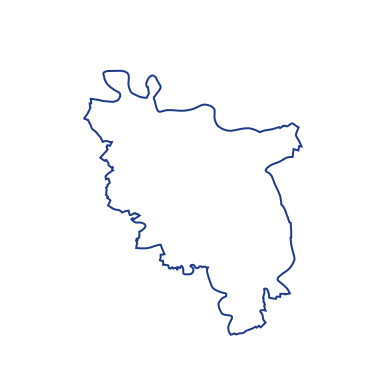 outline of Quynh Phu, Thái Bình, Vietnam, rotated 28°
{"feature_id": "81297802B64676269296055", "entity_name": "Quynh Phu", "entity_type": "district", "adm_level": 2, "iso_a3": "VNM", "parent_name": "Vietnam", "parent_adm1": "Thái Bình", "projection": "mercator", "projection_center": [106.356, 20.648], "detail": "fine", "context": "isolated", "style": "outline", "palette": "blue", "viewbox_px": 384, "rotation_deg": 28, "n_neighbors": 0, "source": "geoboundaries", "source_scale": "gbopen_adm2", "svg_char_len": 6062}
<svg xmlns="http://www.w3.org/2000/svg" viewBox="0 0 384 384"><g transform="rotate(28 192 192)"><path d="M293.3,299.8L296.1,296.9L296.5,296.8L297.8,297.1L300.3,294.4L301.9,293.7L302.9,292.8L303.7,291.9L304.4,290.8L304.6,289.6L309.6,283.9L311.4,281.1L312.9,281.3L313.9,278.7L316.2,279.2L318.3,272.8L315.7,271.7L314.9,271.2L314.2,270.6L311.9,267.3L310.2,266.3L308.6,265.7L308.3,265.3L308.2,264.5L308.9,263.6L310.6,262.7L312.6,262.2L310.5,260.2L310.1,259.5L309.5,259.1L309.0,257.8L309.2,257.1L308.3,256.5L307.6,255.5L306.7,255.4L305.3,252.6L304.6,252.5L303.1,246.5L302.1,244.9L301.2,244.0L301.3,243.8L301.6,243.3L302.3,242.7L303.5,242.5L304.3,242.8L305.5,243.7L308.0,246.2L309.6,248.9L310.0,249.1L310.4,249.0L316.2,247.0L315.9,244.8L316.0,244.5L319.1,243.2L317.8,240.4L322.3,238.1L322.6,238.5L326.0,235.6L323.0,233.5L320.8,232.4L317.3,231.4L310.0,229.9L309.1,229.5L308.5,228.8L308.2,228.1L308.3,226.6L310.4,221.3L312.9,216.6L313.9,213.8L314.4,211.3L314.5,210.0L314.6,207.8L314.4,203.9L312.9,201.4L307.2,195.3L304.9,192.6L301.4,187.6L300.5,186.2L301.0,185.7L298.2,180.4L293.6,172.9L292.2,173.0L291.5,172.1L290.1,171.2L288.9,169.8L285.6,167.0L284.0,165.3L279.2,161.8L276.6,161.1L275.6,159.1L271.9,154.3L267.7,150.8L260.6,145.5L255.4,140.8L253.4,139.8L252.1,139.3L248.1,139.0L247.2,138.6L246.8,138.2L246.7,136.8L247.2,134.9L248.9,131.4L251.2,128.5L254.1,125.3L255.8,123.1L259.2,117.4L262.1,115.1L264.4,113.8L261.5,106.5L266.4,105.4L265.1,101.2L265.7,101.1L267.3,100.4L265.1,98.6L262.0,96.3L258.5,94.3L256.9,92.9L256.3,90.3L255.8,84.9L254.0,84.9L249.1,84.2L248.1,84.4L247.3,85.4L245.9,88.3L245.1,89.4L244.5,89.7L242.8,89.8L242.6,90.0L242.0,90.9L241.6,91.1L241.2,91.1L240.3,93.3L239.7,94.2L238.5,93.8L233.3,99.0L227.2,103.6L225.2,105.6L224.5,106.7L224.1,107.0L223.1,107.4L220.0,107.4L216.9,107.8L213.4,108.6L211.5,109.4L208.2,111.4L205.4,113.5L200.6,117.5L198.2,119.3L196.4,120.3L193.8,121.3L191.0,121.8L189.3,122.0L186.6,121.9L184.1,121.5L182.6,120.9L180.6,119.7L177.8,116.9L176.8,115.6L173.7,109.3L172.8,108.4L170.3,107.4L168.3,107.3L165.8,107.6L162.9,108.5L160.7,109.8L159.5,111.0L154.2,118.0L151.4,120.5L149.0,122.4L146.1,124.4L143.0,126.0L136.4,128.9L132.1,131.1L130.3,132.4L126.4,136.0L125.3,136.5L124.3,136.5L123.7,136.4L121.8,135.0L120.1,133.3L116.1,128.8L114.4,127.3L114.0,126.7L113.8,125.7L114.3,124.7L114.5,122.2L115.1,119.5L115.4,117.2L115.4,115.3L115.2,114.4L114.7,113.6L113.9,112.8L112.0,111.9L110.5,110.7L109.1,110.0L106.5,107.9L104.9,107.4L102.8,107.5L102.1,107.8L101.3,108.8L100.5,110.4L100.2,112.0L100.2,114.4L100.5,117.3L101.0,118.5L102.6,120.2L103.0,120.3L103.8,120.0L107.7,125.3L107.7,128.9L107.9,129.9L105.7,131.1L103.2,132.0L100.7,132.5L97.5,132.7L93.6,132.9L92.3,132.7L90.9,132.3L89.6,131.3L87.2,129.2L85.4,126.9L82.5,120.7L81.3,118.7L79.7,117.5L78.5,117.1L75.5,117.3L72.6,118.2L66.4,121.6L59.9,125.3L58.3,127.4L58.0,128.3L58.0,128.7L58.6,129.8L59.9,131.0L61.8,133.4L64.8,135.6L67.1,136.7L70.7,137.7L75.8,138.4L79.8,138.4L81.0,138.5L82.3,139.1L82.8,139.7L83.5,140.8L83.8,142.2L83.7,144.9L83.0,146.3L81.4,148.2L79.5,149.7L71.1,153.3L65.3,154.9L58.9,157.2L61.4,161.1L60.1,161.8L61.8,164.4L62.2,164.8L62.8,165.1L63.0,171.6L62.7,174.5L62.2,176.8L62.4,177.7L62.8,177.9L64.8,177.3L65.4,177.6L66.5,177.2L67.7,178.2L72.3,181.4L72.8,182.3L75.3,183.6L77.3,183.6L80.0,184.5L83.8,186.1L86.0,186.8L86.9,187.7L88.5,188.7L89.4,189.6L89.9,189.6L90.6,188.4L91.9,187.5L93.1,186.9L96.3,186.4L97.8,185.5L98.0,189.6L97.4,190.0L95.9,190.1L95.4,190.5L95.2,190.8L95.5,192.4L96.4,192.9L97.0,194.1L97.4,194.1L97.1,196.7L96.7,197.7L94.9,204.8L98.1,205.3L100.6,205.4L100.7,204.5L101.2,204.0L104.3,205.5L105.0,206.1L105.5,207.4L105.8,207.6L106.6,207.6L109.3,208.3L109.9,207.4L110.6,207.5L110.9,209.6L111.3,209.9L112.1,210.0L110.4,212.8L108.8,216.4L108.6,217.1L108.3,218.8L109.0,219.6L109.9,221.1L111.9,219.4L114.9,222.1L115.0,222.8L114.0,225.5L114.8,226.9L114.0,228.3L115.6,230.1L116.4,232.5L116.9,233.1L117.0,233.4L117.3,233.7L117.3,234.6L117.4,235.0L118.3,235.1L119.2,235.6L120.0,235.6L120.1,235.8L119.8,236.7L120.1,237.1L120.5,237.0L123.2,237.5L124.0,237.9L124.2,243.3L130.5,243.8L132.6,243.5L135.2,242.5L136.8,242.2L138.3,242.3L139.8,243.0L141.8,240.6L144.8,238.2L147.6,241.4L147.9,241.5L148.9,241.1L150.6,238.2L151.0,238.2L151.8,237.3L152.9,237.7L153.4,237.2L154.4,237.4L154.7,237.0L155.4,237.3L156.8,237.4L153.6,243.2L152.1,242.9L151.3,244.5L153.7,245.2L156.2,245.4L157.7,244.9L160.1,243.4L161.7,242.9L163.6,242.6L165.0,242.6L165.7,242.8L166.5,243.3L166.9,243.9L167.1,244.7L166.9,246.7L165.3,250.3L164.1,251.9L166.0,255.1L166.0,255.6L166.7,256.8L166.6,257.3L166.1,258.2L165.1,259.2L165.3,259.6L165.8,259.3L166.2,259.4L166.5,259.7L166.5,260.2L165.5,260.5L165.3,260.7L165.5,261.3L166.7,261.9L167.6,262.8L168.0,264.8L169.0,267.6L173.1,265.9L177.9,263.3L181.5,260.4L184.0,257.6L187.8,254.0L188.2,253.7L189.4,253.4L190.4,254.5L196.9,259.9L193.8,262.2L195.1,264.7L195.7,267.3L197.0,267.3L198.6,266.4L199.4,267.6L200.1,268.3L200.6,269.8L203.2,268.6L205.5,268.0L207.6,270.1L208.8,269.9L209.8,267.8L211.1,268.3L211.6,268.3L212.6,266.9L213.4,266.6L214.3,266.7L215.1,267.4L215.5,267.1L214.3,265.7L214.2,265.3L214.9,264.9L217.0,264.7L217.2,262.3L217.4,262.1L218.8,262.7L220.7,264.4L221.5,266.3L222.7,268.0L223.4,268.2L224.5,268.0L227.3,266.5L229.1,265.2L229.9,264.3L230.4,262.4L230.2,260.7L228.9,259.0L227.8,258.5L225.8,258.3L225.4,258.1L225.4,257.4L225.8,256.7L226.9,255.9L228.1,255.8L228.5,255.9L230.4,257.1L231.7,257.1L232.9,256.4L233.2,256.0L233.4,254.4L234.7,253.5L235.0,253.4L236.2,253.7L236.9,252.7L238.7,251.8L239.5,252.1L241.5,251.1L241.6,253.0L242.1,254.3L242.9,255.5L246.2,259.1L251.6,264.2L253.7,265.9L255.1,266.8L255.8,267.0L257.2,267.3L260.4,267.4L265.1,266.8L267.0,266.4L269.2,265.7L270.0,265.9L270.4,266.5L271.0,267.8L271.0,268.1L269.1,270.7L268.1,273.0L267.6,276.9L267.8,278.1L268.0,278.6L269.5,280.5L271.2,282.3L274.0,284.4L275.4,285.2L277.5,285.3L278.6,285.0L284.3,283.0L285.1,283.0L285.9,283.5L286.2,283.9L286.6,284.8L286.8,290.9L287.0,292.7L287.6,294.6L288.9,296.6L289.9,297.8L290.6,298.4L293.3,299.8Z" fill="none" stroke="#1e3a8a" stroke-width="2"/></g></svg>